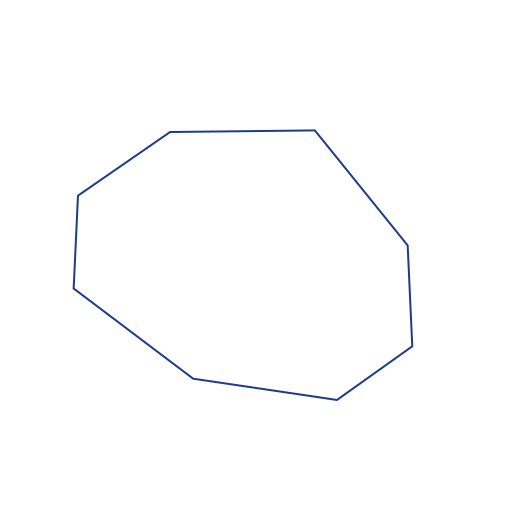 Mauke, Robinson projection, rotated 306°
{"feature_id": "COK-4955", "entity_name": "Mauke", "entity_type": "state/province", "adm_level": 1, "iso_a3": "COK", "parent_name": "Cook Islands", "parent_adm1": "", "projection": "robinson", "projection_center": [-157.33, -20.158], "detail": "fine", "context": "isolated", "style": "outline", "palette": "blue", "viewbox_px": 512, "rotation_deg": 306, "n_neighbors": 0, "source": "natural_earth", "source_scale": "10m", "svg_char_len": 273}
<svg xmlns="http://www.w3.org/2000/svg" viewBox="0 0 512 512"><g transform="rotate(306 256 256)"><path d="M392.2,229.8L353.7,372.5L274.8,435.5L187.1,406.1L119.8,277.3L122.5,127.6L200.2,76.5L305.8,113.6L392.2,229.8Z" fill="none" stroke="#1e3a8a" stroke-width="2"/></g></svg>